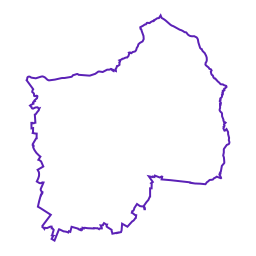 the district of Guadalajara, Jalisco, Mexico
{"feature_id": "50627088B82139506900234", "entity_name": "Guadalajara", "entity_type": "district", "adm_level": 2, "iso_a3": "MEX", "parent_name": "Mexico", "parent_adm1": "Jalisco", "projection": "albers", "projection_center": [-103.334, 20.678], "detail": "fine", "context": "isolated", "style": "outline", "palette": "violet", "viewbox_px": 256, "rotation_deg": 0, "n_neighbors": 0, "source": "geoboundaries", "source_scale": "gbopen_adm2", "svg_char_len": 5711}
<svg xmlns="http://www.w3.org/2000/svg" viewBox="0 0 256 256"><path d="M194.2,36.2L192.1,36.3L190.2,36.0L188.5,35.1L187.5,34.1L186.5,32.7L186.0,32.3L184.6,32.2L183.2,31.2L181.5,30.3L179.7,29.7L173.4,26.2L171.6,25.5L170.3,24.6L165.5,20.4L163.7,19.1L161.6,17.9L160.6,15.4L158.9,18.1L157.6,18.2L157.0,18.4L154.9,19.9L154.3,19.9L153.9,20.3L153.9,20.9L153.4,21.2L152.8,21.0L152.2,21.3L150.7,22.1L150.3,22.4L150.1,22.7L149.7,23.0L149.2,23.1L147.9,22.8L146.9,22.9L146.6,23.2L146.4,23.8L145.8,24.4L144.8,24.5L143.1,25.7L140.3,27.2L140.3,27.6L140.7,28.4L140.5,28.8L141.4,29.7L141.6,30.7L143.5,36.0L143.7,39.1L142.6,41.4L139.9,42.9L138.4,44.3L137.8,46.4L136.8,47.8L136.2,49.9L135.6,50.9L134.9,51.5L132.5,52.1L131.4,53.2L130.5,53.0L130.2,52.5L129.4,52.5L128.9,52.7L129.3,53.4L128.8,54.9L128.4,56.1L127.1,57.5L126.6,57.4L126.2,57.5L124.9,57.9L123.4,58.7L122.6,58.7L122.1,58.9L121.8,59.4L119.5,60.3L120.0,60.7L120.1,61.3L120.0,61.7L119.5,62.0L119.3,62.5L119.5,62.7L119.5,64.8L118.2,65.8L116.9,66.1L116.6,67.6L115.7,68.8L115.9,71.0L113.3,69.9L113.3,70.9L112.4,70.4L111.8,69.8L111.3,69.0L110.9,68.9L109.8,69.6L107.1,69.7L102.7,72.0L99.3,71.5L98.3,71.6L95.3,73.8L89.9,75.6L89.1,75.6L78.6,74.8L77.7,74.1L77.3,74.0L76.6,74.1L75.2,74.6L73.0,75.2L72.0,76.5L71.1,76.9L64.5,78.0L62.6,78.0L61.5,78.1L54.9,79.6L49.6,80.3L48.7,80.3L47.5,79.8L44.9,77.4L43.5,76.7L42.4,76.4L41.2,76.6L35.8,78.3L31.7,77.7L31.1,77.5L29.8,76.7L29.3,76.6L28.3,76.7L27.7,77.1L27.4,77.5L27.0,79.8L26.6,80.2L33.2,89.2L32.6,90.1L32.2,91.9L33.9,93.5L34.1,95.8L34.3,96.0L35.2,96.2L36.0,95.8L36.5,95.7L37.1,95.9L37.3,96.0L37.4,96.3L37.0,98.2L34.4,100.5L34.9,101.2L33.0,102.4L33.0,103.1L33.4,103.7L31.1,104.8L30.0,105.6L30.9,106.5L31.2,107.0L31.6,107.2L31.8,108.0L32.3,108.5L33.1,108.6L35.4,107.5L37.2,107.3L37.5,107.3L38.8,108.6L39.4,108.4L38.7,110.0L38.7,110.4L37.5,111.7L35.7,114.2L34.8,114.6L35.4,122.7L34.5,122.8L34.0,123.2L32.2,123.4L32.2,122.9L31.4,122.9L31.5,128.4L33.1,128.1L33.0,132.0L32.7,133.0L35.1,133.5L36.7,133.6L36.6,136.4L36.7,138.3L36.1,138.4L32.7,144.2L32.7,145.1L33.4,145.3L33.7,146.0L33.6,146.5L33.1,146.9L33.6,148.3L34.6,150.3L36.4,152.9L39.2,155.7L40.4,156.6L38.4,159.8L39.5,160.2L41.1,161.4L43.3,166.5L37.6,169.8L38.9,172.2L39.1,174.0L39.0,176.0L38.2,178.5L36.8,181.5L39.5,183.1L40.2,183.2L41.2,183.1L42.3,182.4L43.5,182.5L42.9,184.0L40.8,188.8L40.7,189.3L40.7,189.8L41.0,190.5L41.7,191.7L42.5,192.1L42.4,192.9L42.2,193.5L41.6,193.3L41.1,195.3L40.8,195.2L39.2,201.0L37.9,206.7L40.4,208.1L50.8,214.8L42.4,225.9L42.6,226.4L42.4,227.0L43.9,228.2L44.4,228.9L44.9,227.8L47.0,228.1L50.4,226.6L51.6,226.6L51.7,228.3L52.3,228.2L53.7,229.9L52.1,235.2L53.2,235.6L52.7,235.8L53.2,236.0L51.6,238.9L54.5,240.6L59.0,229.3L59.5,229.4L63.7,231.4L64.3,231.4L66.5,231.8L68.3,232.5L68.9,231.2L70.3,231.8L71.6,226.8L78.0,228.6L78.6,228.9L78.6,229.3L80.8,230.2L81.0,229.2L81.9,229.7L82.4,227.9L82.9,228.3L83.4,228.3L83.4,228.5L83.8,228.5L83.8,227.9L84.8,227.8L87.5,228.2L93.8,228.5L93.9,228.1L97.1,228.3L97.5,228.2L99.0,229.1L99.2,228.7L99.8,228.5L101.8,228.4L101.8,227.9L100.6,225.4L101.8,225.5L102.6,225.3L102.5,225.1L102.9,224.8L104.0,223.1L106.4,224.6L107.0,224.6L106.5,225.9L106.7,226.6L107.6,227.3L111.6,229.8L111.7,231.3L112.0,232.0L112.4,233.7L117.8,232.6L117.7,232.9L121.0,232.1L121.6,230.3L122.1,223.7L127.4,226.7L132.2,221.4L133.4,220.7L134.3,219.7L135.3,218.2L135.8,218.0L136.2,215.2L135.0,215.0L132.5,213.0L131.8,212.8L132.2,211.2L132.9,211.0L133.6,210.3L134.1,209.1L134.3,208.1L137.0,204.0L140.0,206.1L141.9,206.4L143.3,206.3L143.8,207.1L144.2,208.2L144.4,209.2L144.9,209.2L144.9,208.5L144.7,207.6L143.7,206.0L144.3,205.2L146.4,202.2L148.4,199.9L149.8,196.7L150.1,196.6L150.1,188.3L151.6,188.3L151.7,183.7L151.1,183.2L152.8,182.0L148.8,176.3L152.8,177.1L153.0,176.5L154.5,177.0L154.9,175.6L159.8,177.5L161.6,176.5L162.2,176.7L161.6,179.4L170.8,180.2L189.7,182.3L190.2,182.4L190.2,182.7L191.5,182.9L191.4,183.0L195.1,183.5L200.2,183.7L205.4,184.2L205.8,183.8L206.5,182.7L207.3,181.9L208.0,181.5L209.5,180.1L210.0,179.9L211.7,179.8L212.9,179.5L214.2,178.1L215.5,177.6L216.6,176.7L216.8,176.7L220.5,178.1L220.9,178.2L221.1,178.0L220.4,176.2L219.4,174.7L219.7,173.6L220.4,173.7L220.5,173.3L220.1,173.0L220.2,172.3L220.8,171.7L221.9,165.8L224.2,163.1L224.3,162.6L224.2,160.8L223.9,157.4L223.2,155.5L223.8,152.6L223.8,149.4L224.0,148.8L226.8,144.9L228.5,144.2L229.0,143.8L229.4,142.7L229.3,141.7L228.8,140.1L229.1,137.9L228.1,134.1L228.1,132.1L226.5,129.1L224.8,130.7L224.4,130.6L223.6,128.8L223.4,128.2L223.6,127.6L224.1,126.9L223.7,126.5L224.5,125.6L224.4,124.9L224.0,124.4L224.3,123.8L224.3,123.3L225.2,123.1L225.6,122.7L224.9,122.2L224.0,122.1L223.4,120.5L223.5,120.3L223.4,119.6L222.1,116.3L222.0,113.5L221.5,112.5L220.8,112.1L220.2,111.3L219.7,110.5L219.6,109.8L219.8,108.9L220.1,108.0L220.0,104.3L220.6,104.6L220.9,103.2L220.8,102.4L219.8,101.5L219.9,100.4L220.6,100.0L220.6,99.7L220.6,99.3L220.2,98.9L220.3,98.4L220.7,98.0L221.3,97.7L221.9,96.8L222.1,95.5L221.9,94.8L222.0,94.6L222.8,94.4L222.8,94.1L222.5,93.7L222.9,93.3L222.9,93.1L222.4,92.5L222.6,92.0L223.1,91.8L223.3,91.5L222.8,91.0L222.8,90.7L223.7,90.5L224.4,90.1L224.1,89.3L224.2,88.7L225.2,88.3L225.7,87.6L226.4,87.2L226.5,86.7L226.2,85.9L224.1,85.2L223.4,84.8L222.9,84.4L220.9,84.3L220.2,83.8L219.3,82.7L217.4,81.1L217.0,80.4L216.4,80.0L215.3,78.5L214.5,78.5L213.6,77.6L213.2,76.8L213.2,76.3L212.7,75.4L211.9,74.9L211.3,73.9L210.8,71.7L211.6,70.5L211.0,69.4L209.4,68.8L208.6,67.5L206.7,66.0L205.9,65.3L205.5,64.7L205.4,64.2L205.6,63.8L205.6,62.9L206.3,61.9L206.7,60.8L206.8,59.9L206.7,57.6L206.0,55.5L205.3,54.3L204.9,53.3L202.6,51.0L201.9,49.7L201.8,49.2L201.0,48.9L200.1,47.9L198.4,42.5L197.9,39.6L197.4,38.4L196.6,37.4L194.2,36.2Z" fill="none" stroke="#5b21b6" stroke-width="2"/></svg>